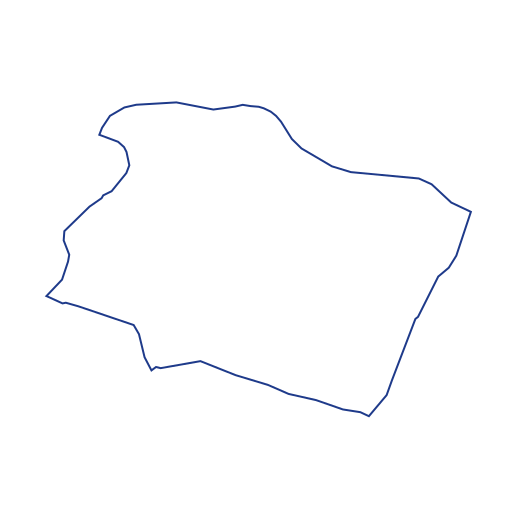 the district of Patzité, Quiché, Guatemala, rotated 19°
{"feature_id": "79465075B43387572026262", "entity_name": "Patzité", "entity_type": "district", "adm_level": 2, "iso_a3": "GTM", "parent_name": "Guatemala", "parent_adm1": "Quiché", "projection": "orthographic", "projection_center": [-91.205, 14.971], "detail": "fine", "context": "isolated", "style": "outline", "palette": "blue", "viewbox_px": 512, "rotation_deg": 19, "n_neighbors": 0, "source": "geoboundaries", "source_scale": "gbopen_adm2", "svg_char_len": 901}
<svg xmlns="http://www.w3.org/2000/svg" viewBox="0 0 512 512"><g transform="rotate(19 256 256)"><path d="M414.9,370.7L424.8,345.0L425.0,329.6L427.2,263.6L429.0,260.8L435.0,216.1L442.1,204.3L445.3,190.5L444.8,144.3L423.2,141.9L398.7,131.0L384.7,129.7L318.4,145.8L298.6,146.5L264.0,139.5L251.8,133.7L236.0,120.9L229.4,117.0L222.9,114.7L215.2,113.8L210.0,114.0L202.2,116.0L194.2,117.4L187.7,121.5L168.0,131.4L130.7,136.7L93.5,152.0L83.2,158.4L72.3,171.0L68.7,184.9L68.4,192.4L88.4,192.9L95.8,196.0L99.7,199.8L106.7,211.5L106.4,219.8L98.4,241.7L91.8,248.4L91.2,251.6L82.5,263.5L66.7,294.9L69.1,303.9L79.0,315.6L80.1,322.5L80.3,341.5L70.9,362.1L88.5,363.8L91.4,362.1L104.3,361.4L162.8,361.1L170.8,368.0L183.6,388.0L194.4,398.2L197.6,393.5L202.3,393.1L237.7,373.5L275.5,375.3L309.3,374.0L331.7,375.8L359.8,372.7L388.1,372.8L405.5,369.7L414.9,370.7Z" fill="none" stroke="#1e3a8a" stroke-width="2"/></g></svg>